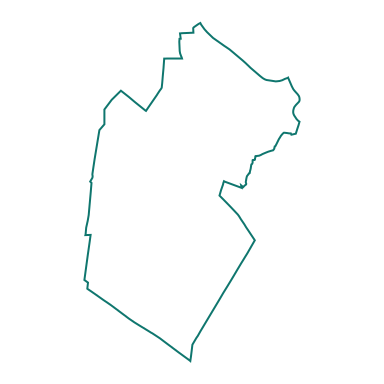 U Minh Thuong, Kiên Giang, Vietnam
{"feature_id": "81297802B37875930391216", "entity_name": "U Minh Thuong", "entity_type": "district", "adm_level": 2, "iso_a3": "VNM", "parent_name": "Vietnam", "parent_adm1": "Kiên Giang", "projection": "natural_earth1", "projection_center": [105.166, 9.624], "detail": "fine", "context": "isolated", "style": "outline", "palette": "teal", "viewbox_px": 384, "rotation_deg": 0, "n_neighbors": 0, "source": "geoboundaries", "source_scale": "gbopen_adm2", "svg_char_len": 3295}
<svg xmlns="http://www.w3.org/2000/svg" viewBox="0 0 384 384"><path d="M120.9,90.7L111.7,99.8L104.4,109.5L104.4,124.3L99.4,130.1L94.6,159.2L92.5,173.3L92.4,174.2L92.4,174.8L92.5,175.4L92.6,175.8L92.6,176.8L92.5,177.3L92.3,178.0L90.7,180.7L90.2,181.6L91.5,182.9L90.8,191.4L90.8,191.5L88.7,215.1L87.7,220.9L86.2,227.6L85.6,234.3L85.4,235.1L90.6,234.9L89.7,241.6L87.8,254.9L85.1,274.8L84.4,280.0L88.0,282.6L87.3,288.7L88.1,289.3L91.2,291.4L97.5,295.8L103.7,300.2L110.6,304.9L121.3,312.9L128.9,318.6L134.3,322.3L139.6,325.6L150.4,332.2L150.6,332.4L152.3,333.3L159.9,338.3L164.1,341.5L178.5,352.3L189.6,360.4L190.3,361.0L190.9,357.0L191.7,350.6L192.4,344.7L192.8,344.0L196.4,337.9L197.8,335.9L200.4,331.3L219.5,299.4L220.5,297.7L223.3,292.9L226.9,287.1L230.5,281.2L233.8,275.7L235.1,273.5L237.4,269.6L241.3,263.1L242.3,261.5L245.3,256.6L247.3,253.4L249.3,249.9L254.8,240.3L249.7,232.6L246.0,227.1L244.4,224.4L240.8,219.1L239.1,216.3L237.8,214.5L237.5,214.2L230.9,207.2L223.2,199.3L219.5,195.6L221.0,190.3L223.0,184.6L223.2,183.7L223.4,182.8L224.0,181.2L224.9,181.7L241.7,187.9L241.2,185.4L243.2,187.1L244.7,185.5L245.6,184.9L246.1,184.4L246.2,184.0L246.2,183.6L245.9,182.7L245.8,182.3L245.8,182.0L245.9,181.1L246.1,180.4L246.2,179.4L246.7,177.0L247.0,176.2L247.2,175.8L247.6,175.3L248.1,174.7L248.5,174.2L248.6,173.9L248.8,173.5L248.9,173.4L249.3,173.4L249.7,173.1L249.8,172.4L249.9,172.1L250.0,171.1L250.3,170.2L250.7,168.6L251.2,165.2L251.4,164.4L251.6,164.3L251.7,164.2L252.0,164.0L252.2,163.8L252.4,163.3L252.6,162.5L252.6,161.9L252.6,160.2L252.8,160.0L253.3,159.9L253.7,160.0L254.3,160.0L254.6,159.9L254.8,159.8L254.9,159.6L255.0,159.2L255.0,158.5L255.0,158.2L255.2,157.9L255.4,157.5L255.4,157.1L255.4,156.8L255.3,156.4L255.4,156.2L255.5,156.1L256.8,156.0L257.4,155.9L258.4,155.8L259.4,155.6L261.0,154.9L262.4,154.1L265.7,152.7L268.2,151.7L271.1,150.8L273.1,150.3L273.9,149.3L274.3,148.6L274.4,147.7L274.7,146.5L274.9,146.5L275.1,146.5L275.3,146.3L276.5,144.0L278.9,139.1L280.0,137.4L281.0,135.7L282.8,133.6L283.7,132.9L284.0,132.7L284.9,132.8L286.8,133.0L289.2,133.4L290.8,133.4L291.4,134.7L295.8,133.7L297.3,128.9L298.6,125.0L299.5,121.7L298.2,120.8L296.5,119.0L295.8,117.9L294.4,115.8L293.9,114.9L293.7,114.4L293.4,113.6L293.2,112.5L293.2,111.6L293.3,110.3L293.7,108.8L294.0,107.8L294.5,106.8L296.0,104.9L298.3,102.5L299.1,101.6L299.5,100.7L299.6,99.7L299.6,99.0L299.5,98.3L299.4,97.6L299.3,97.1L298.8,95.9L298.3,95.2L297.6,94.2L296.6,93.1L294.8,91.1L293.9,90.0L293.2,89.0L291.8,86.3L288.1,77.7L288.0,77.8L284.9,78.9L282.3,80.2L279.6,81.0L275.8,81.4L273.8,81.1L269.9,80.5L266.5,80.0L264.7,79.3L262.7,78.1L259.8,75.8L250.6,67.9L245.4,62.9L242.6,60.4L234.4,53.5L234.3,53.4L229.5,49.4L227.6,48.1L225.4,46.6L224.3,45.9L213.0,37.9L210.2,35.2L207.0,32.1L204.5,29.3L201.2,24.7L200.3,23.0L198.5,24.0L196.6,25.3L194.2,27.0L193.7,27.4L193.5,27.6L193.3,27.9L193.2,28.2L193.4,32.7L184.3,33.1L182.1,33.2L180.0,33.4L180.7,38.7L179.5,38.8L179.3,41.8L179.7,51.0L180.1,53.4L181.2,56.4L181.6,57.2L182.0,58.5L176.6,58.5L170.4,58.5L164.2,58.6L163.5,68.3L162.8,75.9L162.2,83.2L161.9,85.9L161.8,87.0L161.7,87.7L161.3,88.5L159.8,90.5L157.5,94.0L156.9,95.0L154.0,99.2L151.1,103.4L148.2,107.6L146.0,110.9L145.5,110.6L134.8,102.0L128.9,97.0L124.2,93.3L120.9,90.7Z" fill="none" stroke="#0f766e" stroke-width="2"/></svg>